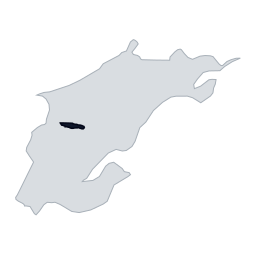 Rio Cuarto, Alajuela, Costa Rica (highlighted), rotated 271°
{"feature_id": "36466004B916692676755", "entity_name": "Rio Cuarto", "entity_type": "district", "adm_level": 2, "iso_a3": "CRI", "parent_name": "Costa Rica", "parent_adm1": "Alajuela", "projection": "equal_earth", "projection_center": [-84.219, 10.409], "detail": "fine", "context": "in_parent", "style": "filled", "palette": "ink", "viewbox_px": 256, "rotation_deg": 271, "n_neighbors": 0, "source": "geoboundaries", "source_scale": "gbopen_adm2", "svg_char_len": 3837}
<svg xmlns="http://www.w3.org/2000/svg" viewBox="0 0 256 256"><g transform="rotate(271 128 128)"><path d="M216.4,131.7L216.1,133.0L215.2,134.4L213.9,135.8L212.2,136.7L208.0,133.8L203.9,130.6L201.6,132.1L200.7,136.3L199.2,138.5L197.3,139.3L196.5,140.8L196.4,155.0L196.5,168.5L199.7,168.8L204.9,173.5L207.1,176.2L207.8,178.8L207.2,180.0L203.4,183.0L199.6,186.7L197.8,191.3L201.1,198.8L201.8,203.9L201.6,209.2L200.8,211.8L193.6,217.9L192.0,220.0L192.2,221.6L196.2,225.8L198.1,229.9L199.6,234.8L199.8,239.1L196.2,231.2L191.2,223.6L186.9,218.9L186.5,208.1L184.8,202.2L178.3,196.7L172.7,192.9L168.5,193.7L171.1,199.9L177.6,208.0L178.1,211.0L178.0,215.2L173.4,214.5L169.5,212.9L164.6,212.3L161.4,209.9L154.5,200.3L159.4,192.1L160.9,186.8L160.7,175.7L159.6,170.3L154.3,162.1L145.9,153.1L134.2,145.7L128.6,139.8L114.8,135.3L109.6,132.3L105.5,126.7L104.9,122.7L106.4,116.5L102.6,108.7L86.2,93.3L77.0,87.6L75.0,84.3L73.6,83.2L75.0,93.9L79.0,100.3L89.4,106.3L92.3,109.7L93.5,114.3L87.4,122.9L84.3,125.1L83.4,129.9L81.4,131.3L79.3,128.6L70.8,115.0L54.4,108.5L51.5,104.5L45.4,92.1L42.6,80.7L43.6,73.2L50.4,61.4L52.5,56.3L52.0,53.1L52.3,48.5L49.8,45.2L43.5,41.0L39.6,37.6L40.7,35.9L47.8,31.4L48.3,27.3L48.2,25.9L49.4,25.6L50.4,24.6L51.1,23.4L53.0,19.5L54.7,17.2L56.7,16.9L59.1,18.5L68.1,22.8L78.1,27.5L92.3,34.2L98.3,29.9L103.3,26.6L106.9,27.1L114.5,30.9L119.1,32.2L122.0,31.8L126.9,37.4L129.5,41.6L130.0,44.5L131.5,46.0L135.3,46.3L144.6,49.2L150.3,48.6L155.5,45.6L158.4,42.0L159.3,36.2L160.6,39.1L162.1,43.5L162.8,49.2L169.5,68.3L174.9,79.1L186.7,98.5L191.8,102.1L200.4,117.8L203.3,120.4L205.0,125.1L214.0,128.9L216.4,131.7Z" fill="#d9dde1" stroke="#a8b0b8" stroke-width="1"/><path d="M131.9,60.5L131.7,60.6L131.4,60.7L131.4,60.4L131.2,60.5L130.9,60.7L130.9,60.8L130.8,61.0L130.7,61.2L130.5,61.3L130.5,61.5L130.4,61.5L130.2,61.5L129.9,61.8L129.7,61.7L129.6,61.9L129.6,62.1L129.7,62.3L129.6,62.6L129.5,62.8L129.4,63.0L129.3,63.3L129.2,63.4L129.2,63.5L129.2,63.8L129.1,64.0L129.3,64.0L129.3,64.3L129.2,64.5L128.9,64.8L128.8,65.0L128.7,65.0L128.6,65.3L128.5,65.5L128.4,65.6L128.2,65.9L128.2,66.0L128.1,65.9L128.1,66.0L128.2,66.3L128.2,66.6L128.2,66.9L128.1,67.0L127.8,68.0L127.8,68.4L127.8,68.5L127.7,68.6L127.7,68.8L127.7,69.3L127.5,69.5L127.4,69.6L127.3,69.8L127.3,70.0L127.2,70.0L127.0,70.3L127.0,70.5L126.9,70.8L126.8,71.0L126.8,71.3L126.7,71.5L126.8,71.8L126.8,72.3L126.8,72.5L126.7,72.6L126.7,73.0L126.8,73.2L126.8,73.3L126.9,73.8L127.0,73.9L127.0,74.1L127.1,74.4L127.1,74.5L127.1,74.8L127.1,75.0L127.2,75.3L127.2,75.5L127.3,75.6L127.4,75.8L127.3,76.0L127.5,76.2L127.5,76.3L127.4,76.5L127.5,76.5L127.5,76.8L127.3,77.2L127.3,77.3L127.3,77.5L127.4,77.8L127.5,77.8L127.7,78.1L127.5,78.3L127.4,78.3L127.4,78.5L127.5,78.6L127.4,78.7L127.4,78.8L127.4,79.0L127.2,79.3L127.2,79.5L127.0,79.8L126.9,80.0L126.8,80.4L126.8,80.5L126.8,80.8L126.8,81.0L126.7,81.0L126.6,81.3L126.5,81.5L126.4,81.7L126.4,81.8L126.4,82.0L126.5,82.3L126.5,82.5L126.4,82.8L126.3,83.0L126.5,83.2L126.5,83.3L126.6,83.5L126.8,83.7L127.0,83.8L127.1,84.0L127.3,84.1L127.6,84.3L127.7,84.2L127.8,84.1L128.0,84.0L128.3,84.0L128.6,84.0L128.6,83.9L128.8,83.8L128.9,83.7L129.0,83.5L129.0,83.4L129.0,83.2L129.1,82.9L129.2,82.7L129.3,82.5L129.3,82.4L129.5,82.2L129.7,81.8L129.8,81.7L129.8,81.3L129.8,81.2L129.7,81.2L129.7,80.7L129.8,80.7L130.0,80.4L130.1,80.2L130.2,79.9L130.0,79.6L129.9,79.5L130.0,79.4L130.0,79.2L130.1,78.9L130.1,78.7L130.1,78.3L130.1,78.2L130.2,77.9L130.3,77.9L130.4,77.7L130.5,77.5L130.5,77.4L130.6,77.2L130.6,76.9L130.6,76.7L130.8,76.4L130.8,76.2L130.8,75.9L130.7,75.8L130.7,75.7L130.7,75.4L130.8,75.2L130.8,74.9L130.9,74.7L130.9,74.4L131.0,74.3L131.0,74.1L130.9,74.0L130.9,73.9L131.0,73.8L131.1,73.6L131.1,73.4L131.2,73.2L131.3,73.1L131.4,72.9L131.4,72.7L131.5,72.7L131.5,72.4L131.8,72.2L131.9,65.1L131.9,60.5Z" fill="#0f172a" stroke="#020617" stroke-width="1.5"/></g></svg>